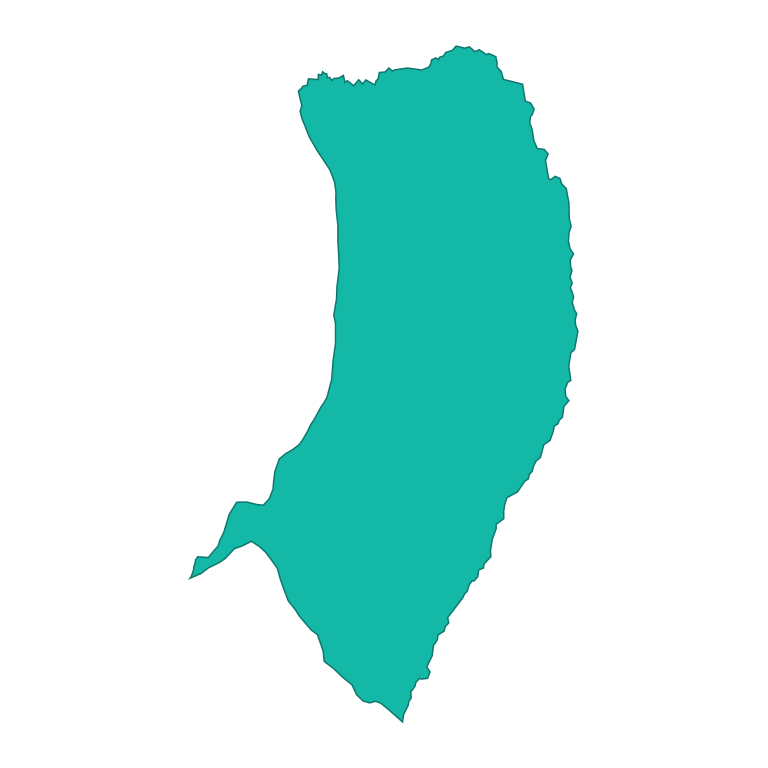 Baney, Bioko Norte, Equatorial Guinea
{"feature_id": "11065452B68125244133984", "entity_name": "Baney", "entity_type": "district", "adm_level": 2, "iso_a3": "GNQ", "parent_name": "Equatorial Guinea", "parent_adm1": "Bioko Norte", "projection": "equal_earth", "projection_center": [8.855, 3.645], "detail": "fine", "context": "isolated", "style": "filled", "palette": "teal", "viewbox_px": 768, "rotation_deg": 0, "n_neighbors": 0, "source": "geoboundaries", "source_scale": "gbopen_adm2", "svg_char_len": 3113}
<svg xmlns="http://www.w3.org/2000/svg" viewBox="0 0 768 768"><path d="M190.1,578.2L201.0,573.5L208.7,567.7L219.2,562.6L225.0,558.6L234.4,548.7L242.0,546.0L251.4,541.3L259.4,546.5L265.7,552.3L271.3,559.8L277.4,568.4L280.3,579.0L283.2,587.5L288.3,600.9L295.1,609.4L299.7,616.6L311.5,630.3L317.4,634.4L319.8,641.3L323.2,651.2L324.2,661.4L333.6,668.6L342.6,677.2L352.0,684.8L356.6,694.7L363.0,700.9L369.7,702.9L374.6,701.5L375.6,701.3L380.9,703.3L388.9,709.9L402.5,721.9L403.6,714.7L408.1,705.5L408.8,701.5L411.2,697.9L410.8,692.0L414.9,686.4L416.0,682.1L419.6,678.5L421.6,679.1L427.6,678.3L430.0,672.0L426.8,666.9L432.2,655.7L433.5,645.5L437.3,639.9L438.0,635.0L444.0,631.2L445.4,626.3L448.7,623.0L447.7,617.5L462.5,598.2L464.8,593.6L467.0,591.6L469.3,584.7L472.2,580.7L474.1,581.0L477.7,576.7L478.8,569.8L483.4,568.1L484.1,563.8L490.8,556.8L490.4,550.9L492.2,539.5L496.2,528.6L496.1,524.4L503.8,518.6L503.7,511.5L504.6,504.9L506.9,497.7L517.5,491.9L524.7,481.3L528.3,478.9L529.4,474.3L532.1,471.4L533.4,466.4L536.0,461.2L540.4,457.5L543.8,444.7L550.1,440.3L553.3,431.1L554.2,426.2L557.9,423.8L559.3,420.2L562.4,417.2L563.9,406.4L568.9,400.7L565.7,396.2L565.1,389.0L567.7,382.4L570.8,380.4L568.7,366.1L570.9,352.7L574.5,349.6L577.9,331.3L575.7,325.4L575.1,320.2L576.7,313.7L574.5,310.1L572.2,302.3L573.6,296.8L572.0,291.6L570.3,288.0L572.2,283.1L570.1,277.2L572.0,270.3L570.7,267.4L570.2,260.2L573.5,254.0L570.2,249.1L568.4,241.3L569.0,232.8L571.1,226.3L569.3,218.5L568.9,203.1L566.3,188.8L561.6,183.7L560.0,178.5L555.2,176.3L550.8,179.7L548.6,178.7L545.5,160.5L548.1,153.9L544.1,149.4L537.3,148.6L533.8,140.5L532.2,129.7L529.7,122.6L530.6,116.4L532.2,114.7L534.1,109.1L530.6,103.0L525.3,101.1L522.6,84.2L503.4,79.4L501.3,71.6L496.9,66.8L497.1,62.9L495.8,56.7L488.9,53.6L486.5,54.6L479.4,49.8L474.8,51.6L469.4,46.8L464.8,48.2L456.1,46.1L452.2,50.4L445.7,52.5L443.3,56.1L439.7,57.2L438.5,59.5L435.8,57.9L431.5,60.0L430.8,63.9L428.7,67.2L421.7,70.0L407.3,68.0L394.5,69.9L392.6,71.2L388.9,68.0L385.1,72.0L379.3,72.5L378.1,79.0L376.2,80.7L374.8,85.0L365.8,79.9L362.7,83.9L358.7,79.8L353.7,85.7L347.3,80.7L344.9,82.3L343.4,75.5L338.3,78.2L334.2,78.3L332.3,80.6L329.6,77.4L327.4,77.8L326.6,73.6L324.7,73.6L322.7,71.7L321.5,75.0L318.4,74.4L318.2,79.6L308.5,78.8L307.1,85.4L303.0,86.1L301.3,88.5L298.4,91.1L300.4,100.0L301.8,105.5L300.1,111.3L302.3,119.5L305.0,126.0L309.3,136.9L316.9,150.2L322.2,158.1L329.9,169.8L334.6,182.1L336.0,192.6L335.8,197.8L336.2,210.0L337.9,225.4L337.9,241.8L338.7,254.8L339.2,268.4L337.0,286.5L336.5,299.1L333.8,315.1L335.5,323.3L335.5,343.8L333.1,360.5L331.7,379.3L327.0,397.3L323.7,403.1L321.0,406.9L315.2,417.7L310.6,424.9L308.1,430.3L302.6,439.9L299.2,444.6L292.4,449.7L285.4,453.8L279.3,458.9L274.9,471.5L273.7,480.7L273.0,489.2L269.3,498.7L263.3,505.2L256.7,504.5L246.6,502.0L236.6,502.3L233.5,507.4L229.3,514.2L223.8,532.3L219.9,540.1L218.2,545.9L214.3,550.3L208.3,557.5L197.6,556.8L196.6,558.4L196.4,559.0L195.4,560.1L195.4,561.1L194.8,564.2L194.0,566.1L193.7,568.6L193.1,571.3L192.5,573.1L191.7,575.4L191.1,576.7L190.1,578.2Z" fill="#14b8a6" stroke="#0f766e" stroke-width="1.5"/></svg>